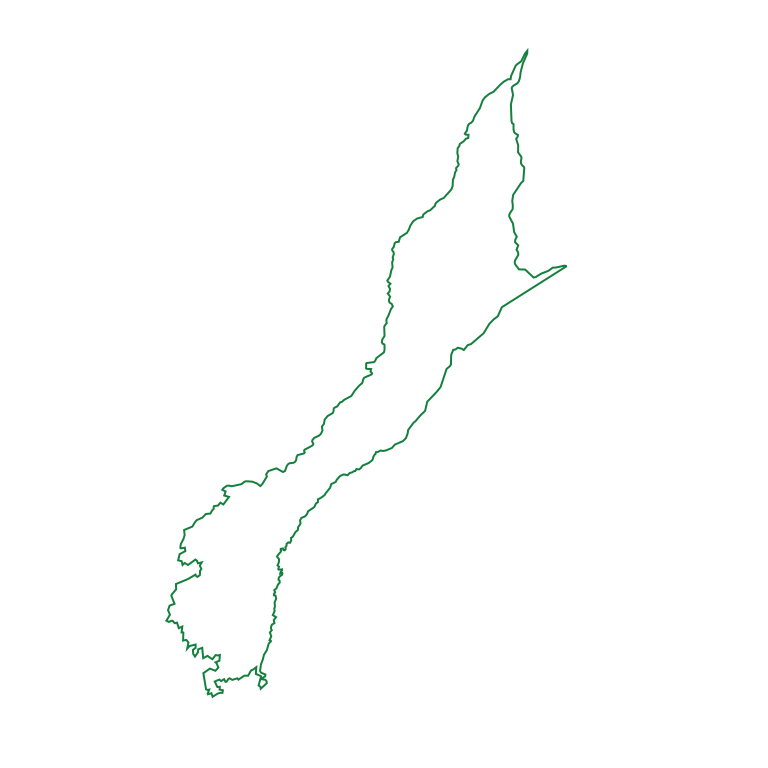 the district of Nole Duima, Ngöbe Buglé, Panama, rotated 35°
{"feature_id": "35544464B88224664972653", "entity_name": "Nole Duima", "entity_type": "district", "adm_level": 2, "iso_a3": "PAN", "parent_name": "Panama", "parent_adm1": "Ngöbe Buglé", "projection": "equal_earth", "projection_center": [-81.797, 8.42], "detail": "fine", "context": "isolated", "style": "outline", "palette": "green", "viewbox_px": 768, "rotation_deg": 35, "n_neighbors": 0, "source": "geoboundaries", "source_scale": "gbopen_adm2", "svg_char_len": 6137}
<svg xmlns="http://www.w3.org/2000/svg" viewBox="0 0 768 768"><g transform="rotate(35 384 384)"><path d="M304.0,618.2L307.4,622.2L308.6,626.0L309.4,631.8L311.2,635.1L311.8,635.2L314.7,632.3L317.1,634.8L314.2,640.6L316.5,646.5L319.9,645.2L322.8,647.8L323.3,645.0L327.3,644.6L330.2,636.0L332.2,636.0L334.4,637.6L337.0,634.7L337.3,638.4L340.5,640.3L340.5,642.6L342.8,646.2L341.8,649.0L339.9,649.0L338.9,648.3L335.2,656.4L328.3,667.2L331.5,671.4L330.9,678.0L331.2,679.4L338.5,684.2L335.5,688.5L336.8,693.1L341.0,695.8L341.5,702.7L344.3,702.3L345.4,700.2L346.6,699.2L349.8,700.0L351.3,698.2L356.0,701.7L357.9,698.4L360.7,703.6L361.8,702.7L362.3,702.8L366.6,709.4L368.8,707.1L372.0,707.8L374.6,713.7L375.0,710.2L379.1,705.5L381.0,708.2L380.0,711.4L382.4,714.4L385.5,715.7L385.5,710.4L384.0,707.9L386.4,704.4L393.2,712.3L395.3,708.0L401.3,707.9L401.6,702.6L403.6,701.7L405.0,700.1L407.9,705.1L405.6,708.6L407.0,708.7L410.9,711.3L410.4,715.6L404.6,717.0L401.9,724.5L413.4,736.2L415.2,735.7L416.1,734.6L417.2,738.8L417.7,739.2L420.0,736.3L423.0,738.5L425.3,733.1L427.1,730.7L428.8,729.7L427.7,727.3L424.6,728.6L423.2,726.2L421.3,727.8L416.0,724.8L418.6,720.6L420.9,720.8L422.3,717.5L425.0,718.9L425.8,718.2L425.7,715.0L426.2,713.7L429.4,713.4L432.7,709.2L434.3,709.7L436.9,703.0L440.0,700.9L439.4,695.0L440.8,692.5L441.8,689.2L445.3,695.0L450.5,693.9L451.1,694.2L454.2,702.9L456.4,702.9L457.8,704.3L459.6,696.3L458.2,694.8L456.4,694.3L453.3,695.9L452.9,695.0L454.3,691.6L453.5,690.0L448.9,691.0L447.1,690.2L444.0,684.2L442.7,679.0L441.0,674.7L440.7,669.2L438.4,662.5L439.0,659.7L438.5,659.2L437.2,659.5L436.4,655.4L433.0,652.9L433.3,650.1L431.5,648.9L430.8,647.8L430.2,645.4L431.4,642.7L429.1,640.6L429.3,636.9L425.5,637.1L424.6,632.6L423.1,631.2L422.4,629.0L419.7,625.7L418.8,621.7L416.4,619.5L415.1,620.2L414.3,619.2L414.3,617.0L412.3,615.8L413.1,613.3L412.2,609.1L412.5,606.6L411.6,605.2L409.8,604.8L409.2,603.7L408.9,601.7L409.9,598.9L409.4,597.3L409.0,597.1L407.7,598.8L407.2,597.4L407.3,595.0L406.8,594.3L404.4,596.4L403.6,596.3L402.7,593.8L400.9,593.7L400.2,590.5L398.6,587.7L395.4,586.8L395.2,585.1L395.7,580.7L395.2,579.3L394.6,579.3L394.0,578.3L395.4,576.7L397.2,577.6L398.1,577.2L398.1,575.5L396.8,574.2L397.0,572.7L395.9,570.7L396.5,568.6L398.1,568.0L397.8,565.5L396.1,563.4L396.9,561.5L396.4,556.0L397.2,553.0L395.8,550.6L395.7,546.2L393.5,543.9L393.1,541.2L395.3,537.6L395.6,535.0L394.8,531.9L397.5,524.8L396.8,520.9L397.7,518.7L396.0,516.4L397.5,513.7L399.1,509.0L398.9,506.8L399.4,500.0L398.2,496.2L400.6,492.0L400.2,489.4L400.8,484.5L402.9,481.1L406.5,479.6L406.9,476.7L408.7,474.5L409.5,472.4L410.4,471.7L410.2,469.5L412.6,468.3L413.2,466.3L413.3,463.0L416.7,457.6L418.0,453.5L417.9,451.7L417.1,450.1L416.8,447.2L417.2,446.4L416.5,444.5L418.0,443.1L419.3,440.5L421.8,439.3L423.7,437.3L427.1,432.0L427.7,427.3L432.3,419.9L433.0,415.7L431.8,411.1L430.2,407.9L430.4,398.8L431.1,396.5L431.9,388.2L433.1,382.5L429.6,373.7L431.7,360.0L432.1,354.1L426.6,335.7L427.7,331.9L427.7,329.7L422.4,321.7L421.1,316.3L422.8,314.7L423.6,312.0L427.4,310.5L429.9,310.4L430.3,304.1L432.4,301.4L436.5,285.2L435.8,274.3L436.8,268.1L438.4,263.2L436.5,253.5L465.8,183.3L465.3,182.9L464.0,183.5L457.9,190.1L455.5,191.9L453.7,197.1L449.5,203.4L446.9,209.4L445.5,211.0L434.0,209.3L428.8,212.7L422.8,210.7L421.5,209.7L420.5,207.9L420.0,201.3L418.3,199.2L415.6,198.0L414.4,193.4L410.1,192.7L408.8,190.6L408.3,187.2L403.6,185.0L397.6,178.6L390.9,175.2L389.9,174.2L389.2,172.2L389.1,167.0L387.3,164.1L384.0,160.4L381.3,154.9L381.0,141.0L381.6,137.8L375.2,126.9L374.3,126.0L371.2,125.5L369.6,124.6L368.2,122.8L367.2,120.3L366.0,119.1L360.9,117.3L357.1,111.6L351.7,107.4L351.6,104.7L350.9,103.2L347.8,103.4L346.1,103.0L344.2,101.3L341.1,96.9L339.2,96.8L337.5,95.3L327.6,82.2L323.9,73.2L318.9,68.4L318.6,67.4L318.9,65.4L320.8,61.1L320.8,58.5L319.4,54.5L317.0,50.1L313.9,41.7L311.8,31.2L310.2,28.8L310.0,32.4L311.3,41.0L309.6,45.8L309.3,47.8L311.4,58.8L312.9,61.8L310.8,63.2L308.8,67.4L307.6,71.9L306.1,81.8L303.7,86.3L302.2,91.6L302.2,95.3L304.3,103.0L304.7,113.0L305.9,117.3L305.6,119.8L304.5,122.1L304.5,124.2L306.6,129.0L306.6,132.6L307.7,132.9L310.3,131.4L311.9,134.1L310.4,136.1L310.1,139.3L308.4,143.9L309.2,146.0L309.1,148.6L311.7,152.9L314.4,155.2L316.3,159.4L319.3,161.3L319.6,162.6L319.2,165.9L320.7,167.2L320.8,169.8L322.7,174.0L323.3,177.2L326.7,182.5L327.6,186.0L326.2,197.4L324.2,200.7L322.8,205.4L322.9,207.4L323.5,208.7L322.2,215.2L320.5,217.7L319.0,222.7L319.9,225.0L316.2,229.5L314.6,233.8L314.7,239.1L315.8,243.3L316.1,247.0L313.0,254.6L314.5,259.1L312.3,261.1L312.0,262.5L313.4,266.2L313.2,268.2L313.5,269.2L314.4,270.0L316.2,270.5L317.5,271.9L318.5,275.4L320.0,276.5L320.9,279.7L324.3,283.8L324.6,286.2L327.3,292.6L327.4,297.4L328.5,298.0L331.8,298.2L331.5,301.2L334.4,302.6L335.5,305.0L335.2,307.7L338.9,308.9L339.6,311.8L340.3,313.1L342.0,314.1L344.4,314.0L346.8,315.4L346.7,318.5L348.5,325.9L348.8,329.0L349.5,330.7L351.3,332.5L351.1,335.9L351.5,337.2L356.9,344.4L357.1,348.7L358.2,350.9L359.6,351.8L361.4,351.4L362.1,351.8L364.9,355.8L365.8,358.1L362.9,367.1L363.5,370.3L363.2,371.9L357.8,376.7L357.7,377.5L360.4,381.5L361.5,381.4L364.8,379.1L365.8,381.6L368.0,382.0L368.4,383.2L364.1,390.3L364.4,392.4L365.6,395.5L364.5,400.3L363.9,406.4L364.1,412.6L360.5,419.7L359.8,422.6L358.6,424.3L358.5,429.2L356.9,432.1L357.1,433.3L358.5,435.8L358.6,437.4L356.2,442.5L355.8,447.1L357.7,451.2L357.6,454.6L360.3,457.4L360.9,461.0L360.4,463.6L357.8,468.1L357.5,471.0L358.1,472.3L360.4,473.5L360.7,474.4L360.4,476.1L356.6,483.4L356.9,484.7L358.4,485.6L358.2,486.9L354.0,491.8L354.3,494.0L355.7,496.8L355.8,498.7L355.1,500.4L352.0,503.2L351.4,504.8L351.4,507.0L352.8,512.1L351.7,514.0L344.3,514.8L339.2,521.6L339.3,525.6L341.1,526.9L341.7,535.5L341.2,538.6L337.2,538.3L332.2,539.5L326.9,542.7L325.7,544.2L324.8,547.5L323.5,549.1L317.8,555.2L315.4,556.1L313.7,557.5L312.3,561.3L312.2,563.4L315.9,562.9L317.1,567.0L321.8,565.4L321.5,574.8L318.0,575.1L317.8,578.7L314.8,581.5L314.9,582.3L316.1,583.8L315.7,586.1L316.1,589.7L312.6,592.7L311.9,597.6L308.7,602.9L308.4,605.2L308.8,610.7L304.0,618.2Z" fill="none" stroke="#15803d" stroke-width="2"/></g></svg>